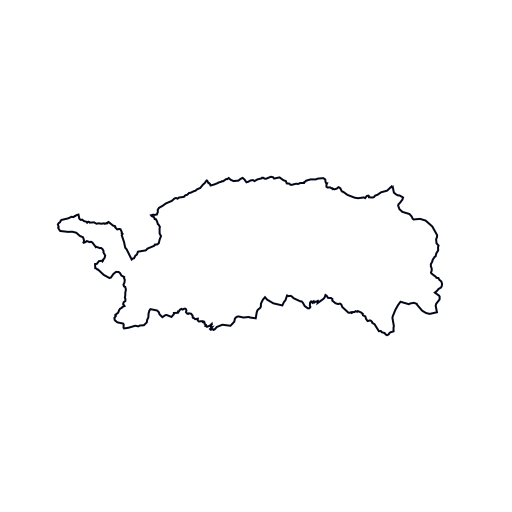 Intregalde, Alba, Romania (Albers equal-area conic projection), rotated 215°
{"feature_id": "2599482B14836518060914", "entity_name": "Intregalde", "entity_type": "district", "adm_level": 2, "iso_a3": "ROU", "parent_name": "Romania", "parent_adm1": "Alba", "projection": "albers", "projection_center": [23.397, 46.245], "detail": "fine", "context": "isolated", "style": "outline", "palette": "ink", "viewbox_px": 512, "rotation_deg": 215, "n_neighbors": 0, "source": "geoboundaries", "source_scale": "gbopen_adm2", "svg_char_len": 6131}
<svg xmlns="http://www.w3.org/2000/svg" viewBox="0 0 512 512"><g transform="rotate(215 256 256)"><path d="M169.1,388.3L173.3,387.9L174.1,387.2L176.3,386.8L179.4,387.0L183.6,391.0L183.7,390.5L184.4,390.0L184.9,390.4L186.1,384.7L190.1,379.9L191.6,375.8L193.0,373.9L193.2,371.8L194.3,370.6L197.1,368.9L198.0,369.9L198.6,369.9L199.7,368.6L199.8,366.0L201.3,365.8L205.5,361.9L208.5,360.4L216.1,358.5L221.4,358.6L222.1,358.2L223.3,358.4L225.6,359.8L227.5,359.8L227.9,359.7L228.5,357.5L230.0,355.6L231.0,355.4L231.3,354.9L232.2,355.3L232.6,354.8L234.7,354.7L236.7,353.1L238.0,353.1L239.2,354.9L239.5,356.3L240.2,355.8L241.6,356.6L243.1,358.4L245.5,358.4L249.7,354.9L250.9,353.1L255.2,350.1L258.2,346.4L258.1,345.5L258.9,344.4L258.5,343.4L261.8,341.0L262.5,339.5L264.9,337.9L267.7,334.6L268.8,334.1L270.2,334.4L272.4,333.1L274.6,334.5L277.0,333.8L281.8,333.9L285.6,329.8L287.3,330.3L289.3,329.4L292.1,325.0L293.5,324.2L294.8,324.3L295.9,323.6L295.8,323.0L298.8,319.5L300.2,316.5L302.1,316.4L303.9,314.6L304.9,312.4L306.1,310.9L309.5,312.1L311.8,312.3L313.0,310.0L313.6,307.7L317.4,304.5L320.5,303.9L323.1,304.2L323.6,302.5L324.5,302.0L325.8,298.4L326.8,297.7L326.8,297.2L329.0,294.5L329.1,293.9L331.3,290.5L333.7,287.7L335.0,288.6L336.3,288.8L336.7,288.4L339.2,289.7L339.8,289.5L339.8,286.4L340.4,283.9L340.7,279.7L342.5,276.9L343.1,274.6L344.0,273.6L345.9,270.2L347.0,269.3L347.4,266.8L348.6,265.3L348.9,264.6L348.8,263.5L349.2,262.9L352.8,259.5L353.1,258.0L354.8,257.6L355.7,256.5L356.6,252.8L360.0,247.3L361.3,243.5L363.1,239.8L363.0,237.5L361.7,235.8L361.0,233.2L362.7,231.4L363.8,231.0L365.3,229.2L364.3,228.9L361.8,229.3L360.1,228.1L359.1,228.7L356.9,227.6L354.7,225.8L354.0,225.9L351.4,224.7L350.7,223.1L347.8,219.1L345.2,217.8L344.4,214.3L343.0,210.8L343.5,208.9L345.4,207.3L345.1,206.7L345.4,205.7L349.1,199.9L349.5,197.4L355.2,191.8L354.4,188.9L355.0,187.1L354.6,184.2L355.4,183.3L355.8,181.8L365.7,187.2L367.9,187.8L372.2,191.8L377.9,196.0L378.0,197.6L379.2,197.7L379.5,198.5L382.3,200.2L383.7,199.6L384.9,198.2L387.8,198.7L388.3,199.5L388.9,199.6L390.3,198.9L396.3,199.3L396.6,198.9L396.5,197.6L397.3,197.3L397.5,196.4L398.4,196.1L398.6,195.5L399.6,195.3L401.3,193.6L403.4,192.7L405.1,191.0L408.1,190.6L411.3,188.0L412.1,188.2L413.0,187.9L413.4,186.5L414.0,186.9L417.1,185.9L419.2,186.1L420.1,185.1L421.5,185.1L422.2,185.3L425.2,188.1L426.7,186.2L426.9,185.1L427.4,184.8L427.8,183.2L429.5,182.4L431.6,178.9L436.0,174.0L436.2,173.0L435.9,171.2L436.5,169.8L436.4,168.2L434.3,166.6L434.3,165.8L433.6,165.2L430.7,164.2L423.9,167.9L420.4,170.5L416.5,172.0L411.9,171.4L408.4,172.1L406.0,170.3L405.1,168.9L405.1,168.1L404.7,168.0L403.6,169.8L403.2,171.2L400.1,172.0L399.4,173.0L397.8,173.2L392.3,171.4L392.2,171.9L388.5,172.9L387.5,173.7L385.7,173.6L383.7,172.6L383.0,171.4L379.8,169.9L379.0,167.8L378.9,166.8L379.2,165.3L378.7,164.6L378.7,163.6L379.3,163.9L381.7,161.7L381.9,158.2L383.2,157.1L380.7,153.8L379.5,154.2L378.1,153.9L377.7,154.3L369.9,153.2L363.4,153.9L362.5,155.1L362.5,159.5L361.6,162.6L359.4,164.1L357.6,164.0L355.1,162.8L351.9,163.2L351.6,162.3L349.8,161.2L348.5,158.7L348.1,156.4L346.5,155.4L345.5,155.7L343.3,153.9L342.0,150.9L340.5,148.8L339.5,146.6L338.4,146.0L337.2,144.2L337.9,142.3L337.3,140.4L335.0,139.6L336.2,137.7L336.1,137.0L337.1,134.7L337.1,133.5L336.4,130.4L337.5,127.1L337.4,126.8L336.4,126.5L336.5,124.0L334.8,122.4L331.6,122.1L326.2,124.4L325.2,124.1L323.4,121.3L322.5,121.0L319.3,124.1L314.9,129.6L312.0,130.9L311.3,132.4L308.1,135.0L307.4,139.0L308.5,141.2L309.0,144.0L311.1,147.4L312.0,150.1L312.0,151.9L305.9,154.6L303.3,154.2L301.6,152.9L297.6,152.2L296.4,155.4L295.4,156.4L290.3,157.6L289.9,161.1L290.6,162.2L287.4,164.7L288.0,165.8L287.4,166.1L287.5,168.3L286.8,169.9L285.4,170.0L284.7,171.5L283.9,172.2L283.0,172.3L281.8,171.5L281.1,169.8L279.1,169.3L278.3,169.7L278.1,170.6L275.9,171.5L273.6,170.7L272.8,169.5L272.2,169.2L271.6,169.6L269.7,169.3L267.7,171.3L266.8,169.8L265.2,169.6L262.7,171.8L261.3,172.3L261.2,171.5L260.1,172.0L259.3,171.0L258.0,170.9L257.4,169.6L256.9,169.8L256.8,170.5L255.5,169.9L253.9,172.4L253.3,175.1L253.0,174.8L252.8,172.2L251.8,171.7L251.2,172.4L251.3,171.0L251.7,169.8L250.8,169.6L249.4,171.3L248.4,171.1L247.7,172.4L247.4,175.4L244.1,180.4L236.9,184.2L236.1,189.7L237.4,192.7L237.0,194.9L235.8,196.4L231.0,198.4L226.8,202.0L226.0,202.0L220.5,204.8L223.2,210.5L223.7,212.7L222.8,216.0L223.0,217.3L224.6,219.8L224.8,220.9L225.3,224.1L225.0,227.4L221.8,226.6L214.6,227.2L206.1,230.6L206.7,234.2L206.5,236.6L207.9,241.5L206.3,241.8L205.1,243.0L203.8,243.4L200.9,243.0L193.6,244.3L192.6,245.0L190.6,244.5L187.3,242.9L183.4,242.9L182.3,243.8L182.2,245.4L183.4,246.2L185.0,249.0L184.8,250.4L183.1,250.1L183.3,251.2L182.8,252.1L181.6,251.2L181.0,252.7L180.4,253.1L179.6,254.8L179.2,254.6L178.5,252.9L176.2,259.4L176.0,261.4L176.7,263.9L175.5,264.0L173.0,263.0L170.4,264.6L168.8,264.6L167.9,263.2L163.8,262.9L161.2,263.7L159.9,265.2L158.3,265.2L156.1,263.7L148.0,262.6L146.9,263.0L146.0,264.3L145.0,264.1L144.8,264.4L145.0,265.3L143.2,266.5L142.8,267.9L141.1,268.4L141.0,269.3L137.5,270.0L135.4,269.9L135.2,269.3L134.2,268.8L131.7,269.2L129.8,267.6L127.5,266.8L127.1,266.8L126.1,268.2L125.3,268.8L123.3,268.7L122.4,267.9L119.8,268.1L112.2,264.9L110.8,266.1L109.1,265.7L106.6,266.7L104.8,266.1L103.2,266.3L102.4,267.8L102.5,269.3L102.2,270.4L100.1,273.2L102.2,276.1L102.9,277.7L108.7,283.5L109.4,285.0L111.0,292.1L111.5,297.4L111.4,301.4L103.1,304.2L102.6,305.4L99.8,308.2L96.8,309.0L95.9,308.4L88.5,306.5L84.1,306.8L80.5,308.2L75.5,313.7L80.3,318.3L81.0,320.3L80.7,325.7L82.3,328.1L83.2,328.5L88.5,328.6L87.7,331.4L87.6,333.5L86.4,336.3L86.5,337.7L87.5,339.8L89.5,341.4L92.4,341.7L94.0,342.6L95.6,341.6L96.9,342.1L102.3,342.3L103.1,342.7L103.8,345.0L105.0,346.6L107.0,348.0L108.1,349.7L108.4,352.6L109.0,353.8L109.1,355.2L109.2,357.5L108.7,358.7L109.8,361.5L110.0,365.1L112.0,367.7L112.4,369.2L115.5,370.0L118.1,373.1L118.5,375.1L119.5,376.9L128.5,381.3L137.4,382.3L142.9,380.5L147.9,376.3L149.0,376.4L151.3,377.7L154.4,378.4L161.4,376.1L165.3,376.6L168.6,378.9L168.9,380.3L168.6,381.8L168.4,386.2L169.1,388.3Z" fill="none" stroke="#020617" stroke-width="2"/></g></svg>